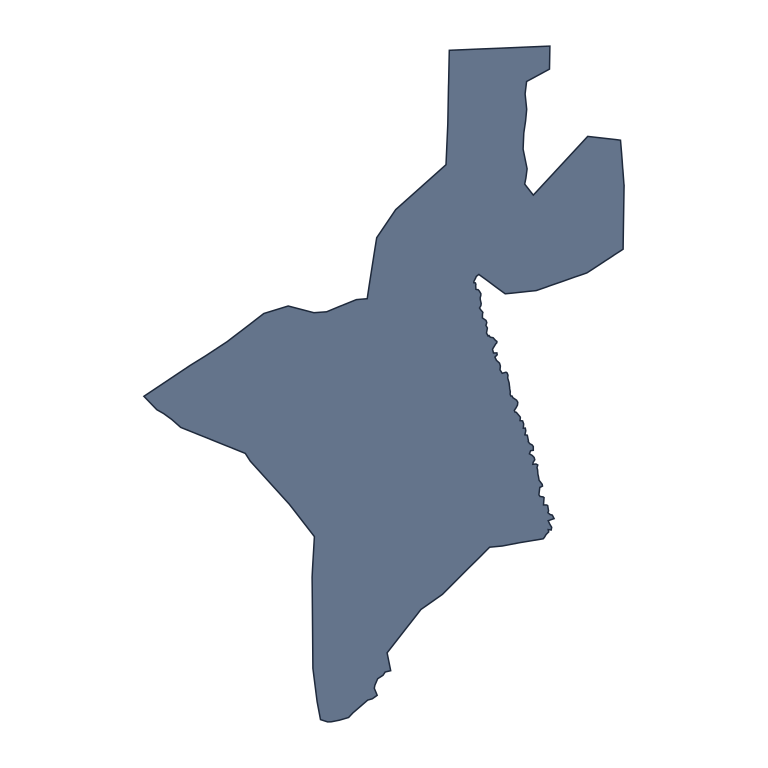 Santa Cruz Tayata, Oaxaca, Mexico
{"feature_id": "50627088B22135699876019", "entity_name": "Santa Cruz Tayata", "entity_type": "district", "adm_level": 2, "iso_a3": "MEX", "parent_name": "Mexico", "parent_adm1": "Oaxaca", "projection": "robinson", "projection_center": [-97.56, 17.376], "detail": "fine", "context": "isolated", "style": "filled", "palette": "slate", "viewbox_px": 768, "rotation_deg": 0, "n_neighbors": 0, "source": "geoboundaries", "source_scale": "gbopen_adm2", "svg_char_len": 3130}
<svg xmlns="http://www.w3.org/2000/svg" viewBox="0 0 768 768"><path d="M586.9,272.9L595.8,267.1L601.0,263.7L605.5,260.7L610.2,257.7L614.3,254.9L621.6,250.2L623.1,249.2L623.2,241.3L623.9,197.0L624.0,189.8L624.1,185.4L623.9,183.8L623.4,176.9L622.9,170.0L622.7,168.4L622.2,160.9L621.7,154.7L621.7,154.3L620.5,140.2L616.1,139.6L587.7,136.4L533.3,195.1L524.7,184.1L525.9,178.1L527.1,168.8L523.1,149.1L523.8,133.0L525.6,120.9L526.7,109.3L525.1,93.9L526.6,81.5L549.5,69.1L549.9,46.1L542.3,46.4L514.1,47.6L504.8,48.0L500.2,48.2L492.3,48.5L482.2,48.9L475.1,49.2L449.3,50.3L448.6,83.6L448.5,85.8L447.8,124.0L446.0,164.7L395.7,209.6L383.2,228.1L376.7,237.7L374.2,253.3L369.2,285.3L367.2,298.7L356.4,299.6L338.6,306.8L326.6,311.8L313.9,312.7L288.2,306.0L263.8,313.5L247.1,326.4L232.8,337.3L227.1,341.7L219.6,346.6L205.5,355.9L190.0,365.5L143.9,396.3L156.8,409.7L163.7,413.6L167.1,416.1L171.8,419.5L180.7,427.4L245.3,453.4L250.3,461.2L285.9,500.5L289.2,504.1L293.4,509.5L314.4,536.6L313.6,550.4L312.5,569.0L312.1,577.2L312.2,586.0L312.9,668.4L317.1,701.6L320.5,719.6L327.6,721.9L331.3,721.8L337.3,720.6L339.4,720.2L348.6,717.5L352.9,712.9L367.7,700.1L372.3,698.8L377.2,695.3L374.3,688.3L374.9,685.2L377.7,678.7L383.0,675.3L385.2,672.0L390.7,670.7L387.1,652.8L387.6,652.2L406.0,628.6L416.9,614.7L420.9,609.5L436.4,598.6L442.5,594.3L468.4,568.3L479.0,557.9L489.6,547.2L502.3,546.0L519.6,542.7L543.2,538.8L544.4,537.4L546.1,534.5L548.7,531.9L548.2,529.6L551.2,530.0L551.7,527.3L549.7,524.0L548.2,520.7L554.1,518.6L552.3,515.1L550.1,514.5L547.9,512.7L548.6,510.8L548.4,510.0L547.7,505.6L546.7,505.0L543.5,504.9L544.0,498.3L544.1,497.7L543.1,496.9L540.1,496.5L538.9,494.8L539.8,487.4L541.2,486.8L542.5,486.1L542.2,484.3L539.1,480.3L538.5,476.7L538.2,475.3L537.9,474.2L537.6,469.8L537.0,467.7L537.8,465.0L536.0,464.0L532.8,464.3L533.2,462.2L534.8,459.8L534.1,457.4L532.3,455.5L529.4,453.8L530.6,450.7L533.3,450.3L533.3,446.5L532.1,444.9L529.8,443.7L528.2,441.7L528.5,441.2L527.3,435.2L524.9,434.8L525.8,430.8L525.3,428.1L523.3,428.2L523.7,424.0L522.6,420.9L520.0,420.6L520.4,417.7L520.1,416.8L516.3,412.3L515.0,412.1L514.3,410.4L516.0,407.9L517.5,405.1L517.8,402.3L516.6,400.2L512.9,397.7L512.0,396.0L510.8,396.0L510.1,394.2L510.3,391.7L509.6,388.1L509.7,387.3L509.5,386.4L509.1,382.8L507.7,378.0L508.0,375.2L507.1,372.9L506.0,372.2L502.2,373.3L500.0,369.8L500.4,366.0L499.5,363.1L496.5,360.4L494.9,357.1L497.2,354.8L496.9,352.9L493.5,353.0L492.5,349.2L495.8,343.8L496.8,342.8L496.9,341.4L495.5,340.4L493.1,337.7L490.3,337.2L489.0,335.5L488.1,336.0L486.5,333.0L487.4,328.0L485.9,325.4L486.8,322.6L486.0,320.4L482.4,317.9L482.5,313.8L482.9,312.4L482.3,311.6L481.1,310.3L479.5,308.0L480.9,305.7L481.2,303.5L480.3,299.7L480.2,297.7L480.8,295.6L480.9,293.7L479.3,291.0L478.0,289.6L476.9,289.6L475.9,289.3L475.7,285.6L475.9,284.4L475.4,282.9L473.8,282.7L473.9,281.4L475.6,278.1L476.3,276.4L478.9,274.4L480.0,275.3L486.8,280.2L496.0,287.1L505.2,293.8L512.5,293.1L519.9,292.3L523.8,291.9L527.2,291.5L536.2,290.6L544.0,287.9L546.6,287.0L549.5,285.9L562.0,281.6L574.9,277.0L580.6,275.1L586.9,272.9Z" fill="#64748b" stroke="#1e293b" stroke-width="1.5"/></svg>